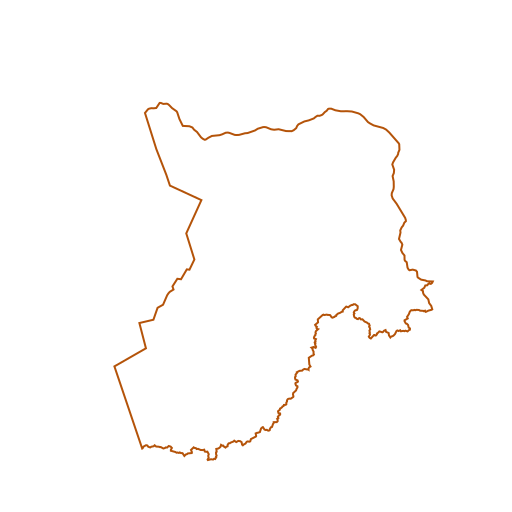 Futaleufú, Chubut, Argentina (orthographic projection), rotated 250°
{"feature_id": "61730980B18376344054138", "entity_name": "Futaleufú", "entity_type": "district", "adm_level": 2, "iso_a3": "ARG", "parent_name": "Argentina", "parent_adm1": "Chubut", "projection": "orthographic", "projection_center": [-71.852, -43.056], "detail": "fine", "context": "isolated", "style": "outline", "palette": "amber", "viewbox_px": 512, "rotation_deg": 250, "n_neighbors": 0, "source": "geoboundaries", "source_scale": "gbopen_adm2", "svg_char_len": 6052}
<svg xmlns="http://www.w3.org/2000/svg" viewBox="0 0 512 512"><g transform="rotate(250 256 256)"><path d="M428.4,200.6L390.6,198.9L362.9,199.5L351.6,199.2L327.2,223.8L301.1,198.2L273.8,196.9L265.9,188.8L267.1,186.4L259.8,177.6L261.5,174.3L256.0,167.1L252.7,167.0L251.8,162.7L250.9,161.0L249.5,159.1L242.0,152.0L241.0,145.8L231.2,137.8L232.9,123.5L206.9,121.0L200.7,85.2L114.0,83.2L114.1,83.7L115.4,85.2L115.8,88.0L115.1,89.1L113.6,89.5L112.3,91.1L112.6,92.4L112.2,94.8L112.8,96.0L111.1,97.0L110.0,99.5L109.2,100.4L109.1,101.1L106.8,103.1L106.7,104.7L107.0,105.7L106.4,106.9L107.3,109.0L106.1,110.6L104.4,111.3L103.0,109.7L102.1,109.4L99.4,113.2L98.3,114.1L98.2,115.0L97.3,116.2L97.5,117.2L96.5,118.0L95.9,119.5L92.6,120.3L93.5,122.2L93.4,123.4L93.8,124.4L92.8,128.2L93.6,128.7L96.0,128.6L97.5,132.0L96.8,132.4L96.0,133.8L94.9,134.2L94.6,135.6L92.6,137.7L91.9,139.5L91.7,141.1L89.8,141.0L89.0,142.3L88.8,143.4L85.9,143.8L84.5,142.7L82.6,142.5L81.3,140.9L80.7,141.0L80.4,144.2L79.4,146.1L79.8,147.5L79.2,148.2L80.6,149.9L81.2,149.8L81.9,150.7L83.5,150.7L85.2,151.3L85.5,152.1L88.3,152.7L88.0,154.7L88.3,156.1L88.9,157.4L90.5,158.6L89.1,159.7L89.0,160.4L87.8,160.7L86.4,161.8L86.9,162.9L86.9,164.2L88.4,164.9L89.3,166.2L89.0,167.4L89.3,168.3L89.4,171.4L89.9,172.4L87.9,173.8L88.3,176.1L87.4,177.8L86.0,178.8L83.5,178.4L82.6,178.9L83.2,180.5L83.3,181.9L84.6,183.7L84.6,184.9L83.8,186.1L83.8,187.2L85.7,188.6L86.4,194.2L86.8,194.6L89.4,195.0L89.5,196.5L89.3,196.9L89.2,199.4L92.2,201.8L92.9,203.6L92.8,204.0L90.0,204.6L89.1,205.7L89.0,206.7L87.7,207.7L87.5,208.6L87.7,209.4L88.6,209.8L89.9,211.3L89.9,212.6L92.3,214.5L93.1,215.6L93.8,215.8L92.8,218.7L93.3,219.8L94.9,220.4L95.7,220.2L96.1,221.6L97.4,221.5L98.2,222.7L98.4,223.9L99.0,224.6L99.8,224.8L100.5,223.4L102.3,223.5L102.8,223.9L103.3,225.7L104.4,226.4L104.4,227.0L105.0,228.8L105.6,229.5L105.6,230.6L106.5,231.3L106.0,233.0L106.3,233.8L107.8,234.3L108.7,235.4L109.7,235.7L110.5,236.7L110.7,237.3L110.6,238.5L110.0,239.8L110.8,242.8L111.4,243.2L113.3,243.4L114.5,244.1L116.0,247.7L117.3,248.7L118.3,250.0L119.4,250.4L120.7,249.3L122.5,249.3L123.2,249.8L123.4,252.1L123.7,252.5L124.9,252.5L126.4,250.8L127.9,250.9L128.9,251.3L129.3,252.1L131.0,252.6L132.2,254.6L132.8,254.6L133.2,257.6L132.5,260.2L133.1,261.4L133.3,262.9L131.8,265.4L131.8,266.1L131.2,266.5L132.2,266.8L133.2,267.9L133.5,269.4L135.8,269.0L142.3,270.8L143.2,274.4L143.1,275.9L143.7,276.8L144.7,276.7L146.4,277.4L148.6,277.1L149.4,277.5L150.9,276.8L150.8,279.0L149.3,280.6L150.0,281.4L152.4,281.2L153.5,281.9L153.7,281.5L154.8,281.6L155.4,282.7L156.0,282.6L157.4,283.9L158.6,282.4L159.2,282.4L160.5,283.3L161.4,284.8L162.1,284.9L162.6,285.7L163.9,285.8L164.9,286.6L166.0,289.3L166.6,288.5L167.4,288.2L167.9,288.2L168.6,289.0L170.2,288.1L171.1,288.0L172.4,291.6L175.3,292.4L177.8,298.5L177.8,299.4L177.2,299.8L176.7,302.5L176.1,303.2L175.4,305.0L175.0,305.5L172.5,306.1L171.8,307.0L172.0,307.7L171.9,308.8L172.3,309.4L172.2,310.6L172.5,311.1L173.1,311.3L173.9,313.6L173.8,315.2L174.2,317.4L174.1,318.5L175.3,318.9L177.5,323.2L177.6,323.5L176.3,325.1L177.1,327.7L177.2,329.4L176.9,330.1L177.3,331.2L176.7,332.7L174.0,334.4L172.2,333.7L170.8,332.6L170.7,331.9L171.0,331.1L170.8,330.1L169.8,328.8L169.3,328.5L168.3,328.8L167.7,327.9L165.4,327.5L164.3,327.8L163.5,328.8L162.6,329.1L161.8,330.2L162.3,331.2L162.2,332.2L160.5,332.9L160.1,334.4L157.3,335.6L155.5,337.5L154.3,338.1L153.7,339.0L151.7,339.0L151.3,338.3L150.7,338.1L149.8,338.4L148.0,338.2L147.2,337.1L145.2,336.8L144.7,336.2L143.7,336.4L142.9,336.0L141.6,334.4L140.2,334.8L139.2,335.7L141.4,339.9L141.2,340.4L140.5,340.8L140.3,341.5L141.0,342.8L141.8,343.1L142.2,344.7L142.9,345.9L142.9,346.3L141.1,348.6L141.2,349.4L142.0,350.8L142.1,352.4L140.2,352.3L138.3,354.3L135.9,353.8L133.5,354.4L134.0,355.2L134.0,357.3L134.3,358.3L135.1,359.9L137.4,362.3L137.7,363.3L136.7,364.4L136.9,366.1L135.7,366.4L135.3,368.8L134.6,369.7L134.7,370.9L133.3,372.6L134.1,374.5L134.1,375.4L135.3,375.9L136.5,375.0L139.2,375.3L140.7,374.6L141.0,374.0L141.8,373.6L144.0,373.3L144.8,373.6L145.4,377.2L147.1,377.1L149.0,379.7L151.1,381.5L151.9,383.1L151.9,383.7L151.3,384.8L151.1,386.6L150.6,387.0L150.5,388.5L149.5,390.7L148.5,391.5L147.2,394.5L146.8,394.7L146.8,396.1L145.7,396.1L145.4,396.4L145.7,399.3L145.4,402.6L145.6,403.4L149.2,403.6L152.5,402.6L156.3,403.1L162.4,400.5L164.3,400.4L165.9,400.9L167.5,399.8L168.6,403.3L170.4,405.0L169.9,407.0L170.6,407.8L171.1,409.5L170.2,410.2L170.0,410.9L170.5,412.3L171.6,413.4L173.7,408.2L175.1,406.8L177.3,403.1L180.2,400.9L181.1,400.6L186.1,401.9L187.7,401.3L189.6,398.6L190.1,395.4L191.0,394.8L193.2,394.4L198.6,395.5L200.5,394.4L201.6,394.3L205.7,395.7L208.8,394.6L212.1,394.3L216.6,397.4L218.8,397.3L219.8,396.8L223.1,396.2L228.6,399.8L230.7,400.3L233.1,402.7L234.2,404.6L236.6,406.8L237.5,408.8L238.6,409.1L240.8,409.2L257.0,406.0L263.3,404.1L266.6,404.2L268.6,405.1L271.8,408.1L273.8,409.1L279.0,410.9L284.4,411.7L286.8,413.9L289.8,415.3L295.4,415.4L297.1,416.8L300.6,421.0L301.7,422.9L303.3,424.5L304.3,424.9L306.7,427.1L312.0,428.8L313.0,428.7L326.4,423.5L330.3,421.5L332.8,419.3L338.5,411.2L341.8,408.3L343.6,407.0L349.8,404.7L353.6,402.4L355.1,400.9L359.0,395.5L360.8,391.4L363.0,385.2L365.8,380.4L368.7,377.1L369.5,375.0L369.5,374.0L368.3,372.1L367.7,369.9L366.2,367.0L366.0,365.9L366.0,363.7L366.8,361.7L366.3,359.5L365.5,357.4L365.4,351.9L365.9,347.5L365.2,340.9L364.1,339.1L362.4,337.5L361.3,334.4L361.1,332.2L363.1,327.0L367.4,320.6L368.4,316.3L369.2,314.8L370.0,313.4L373.4,309.7L374.2,308.3L374.7,306.7L375.0,301.2L374.3,298.0L374.4,290.2L375.1,287.6L375.6,281.5L376.4,278.9L377.1,277.4L380.7,273.2L381.6,271.8L382.2,269.7L381.9,265.8L382.0,263.1L383.9,255.6L383.4,251.7L382.6,248.5L382.8,247.5L384.5,246.0L386.4,244.9L392.7,243.0L395.9,241.0L398.5,240.2L400.7,237.8L403.3,231.7L410.9,230.9L418.1,231.1L419.2,230.8L423.7,227.7L427.7,225.9L429.1,225.0L429.7,224.1L430.6,220.9L432.4,218.9L432.8,217.8L429.2,212.9L429.8,210.3L430.7,208.2L431.0,206.0L430.9,204.9L430.4,204.0L428.4,200.6Z" fill="none" stroke="#b45309" stroke-width="2"/></g></svg>